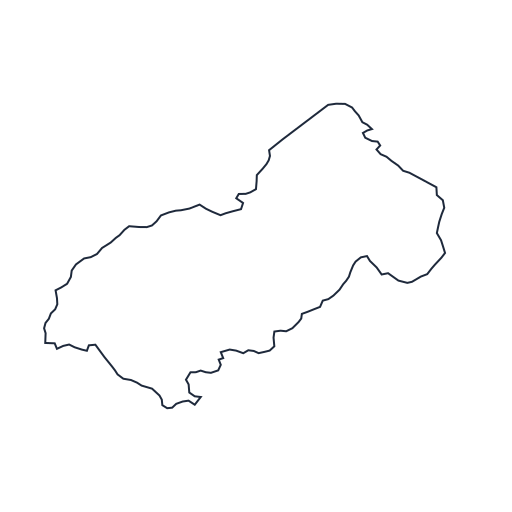 the district of Guamiranga, Paraná, Brazil, rotated 290°
{"feature_id": "56859067B35247674818537", "entity_name": "Guamiranga", "entity_type": "district", "adm_level": 2, "iso_a3": "BRA", "parent_name": "Brazil", "parent_adm1": "Paraná", "projection": "orthographic", "projection_center": [-50.848, -25.173], "detail": "fine", "context": "isolated", "style": "outline", "palette": "slate", "viewbox_px": 512, "rotation_deg": 290, "n_neighbors": 0, "source": "geoboundaries", "source_scale": "gbopen_adm2", "svg_char_len": 2222}
<svg xmlns="http://www.w3.org/2000/svg" viewBox="0 0 512 512"><g transform="rotate(290 256 256)"><path d="M359.9,232.1L354.8,234.9L350.2,235.2L345.9,234.4L340.0,232.3L332.3,229.1L326.5,231.0L318.8,233.1L313.8,228.8L310.9,225.1L308.4,218.6L303.5,217.7L301.4,225.7L294.9,225.9L289.9,218.6L285.8,212.9L282.2,208.7L282.6,199.8L283.3,192.8L285.0,185.4L277.8,177.2L273.3,169.8L271.2,165.2L267.3,159.4L261.6,152.8L254.6,150.7L249.1,147.8L245.8,143.5L243.3,136.4L240.6,126.6L235.6,123.4L228.9,120.7L225.1,118.1L219.0,114.9L210.9,108.6L203.5,105.9L198.4,101.1L194.9,95.3L186.5,89.7L179.3,87.8L173.0,89.2L165.3,88.0L159.7,83.6L155.2,79.4L148.3,83.4L142.7,85.8L137.2,85.5L131.9,82.9L126.1,82.8L121.1,81.1L115.6,81.6L111.5,84.7L102.2,87.7L105.1,96.7L100.7,100.7L105.6,105.6L108.9,110.7L108.2,116.8L108.5,124.5L109.1,129.5L114.9,129.5L117.7,135.4L109.2,148.1L103.0,158.4L100.3,162.6L97.4,166.4L95.3,173.3L96.7,180.9L96.3,187.5L95.1,192.8L95.8,203.7L91.9,213.0L88.8,216.6L83.8,219.0L82.6,224.6L84.8,229.1L89.8,231.6L94.2,236.9L97.0,242.1L95.3,249.3L104.6,252.3L103.2,246.4L104.9,240.0L112.3,236.6L115.8,232.5L124.3,234.2L126.2,239.2L129.4,243.2L129.6,248.5L130.8,253.6L135.6,259.6L141.7,260.1L145.9,256.4L148.8,260.1L153.6,255.8L159.1,263.3L160.3,269.7L160.3,277.3L164.8,281.0L166.0,286.4L165.6,291.7L168.9,296.9L171.8,301.2L177.4,304.1L185.3,300.4L191.3,299.1L194.2,304.6L195.6,310.1L200.6,314.9L208.5,318.6L212.7,319.9L217.3,318.9L221.3,323.7L225.8,328.7L230.1,333.6L236.9,334.0L240.2,338.7L245.3,342.3L252.9,346.0L259.4,347.6L263.5,349.2L268.3,350.4L273.0,350.2L280.4,350.5L284.8,351.5L290.6,355.0L293.9,360.3L290.3,364.8L286.5,373.3L281.6,380.4L285.0,386.0L281.6,398.2L282.5,407.4L285.1,411.4L293.1,418.0L297.5,423.1L304.1,425.2L309.1,427.1L317.8,430.8L323.5,432.6L328.8,428.6L334.1,424.5L339.4,418.1L345.6,417.2L350.9,416.5L359.0,416.2L365.7,416.4L372.3,412.5L375.1,405.1L382.3,402.0L386.7,371.7L386.4,365.1L389.6,358.7L391.7,350.8L393.9,344.7L394.3,338.3L397.3,332.8L402.3,334.9L405.1,331.2L403.7,325.7L404.5,318.2L408.2,314.4L412.0,317.6L414.9,321.5L417.4,315.6L418.1,310.2L423.2,304.4L425.8,299.5L428.4,295.5L429.4,287.7L426.5,279.2L422.7,272.1L375.0,241.3L359.9,232.1Z" fill="none" stroke="#1e293b" stroke-width="2"/></g></svg>